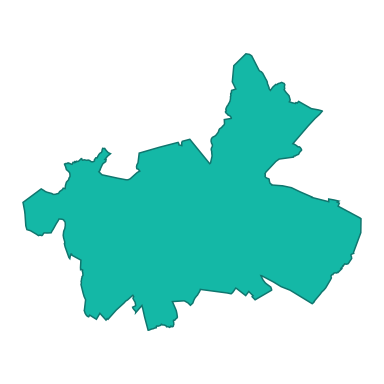 Tetla de la Solidaridad, Tlaxcala, Mexico (Mercator projection)
{"feature_id": "50627088B304206473512", "entity_name": "Tetla de la Solidaridad", "entity_type": "district", "adm_level": 2, "iso_a3": "MEX", "parent_name": "Mexico", "parent_adm1": "Tlaxcala", "projection": "mercator", "projection_center": [-98.094, 19.495], "detail": "fine", "context": "isolated", "style": "filled", "palette": "teal", "viewbox_px": 384, "rotation_deg": 0, "n_neighbors": 0, "source": "geoboundaries", "source_scale": "gbopen_adm2", "svg_char_len": 5923}
<svg xmlns="http://www.w3.org/2000/svg" viewBox="0 0 384 384"><path d="M23.0,202.4L24.6,210.8L25.0,214.1L25.8,225.8L26.9,229.6L30.2,230.6L31.0,231.0L36.4,234.2L38.5,235.6L40.0,235.1L41.4,235.5L42.0,235.5L42.5,235.1L43.6,233.3L44.4,232.9L47.4,233.0L51.1,232.8L52.2,230.7L53.1,229.4L56.3,223.6L58.2,220.6L59.0,219.0L61.9,219.2L63.6,219.8L64.0,220.6L64.9,221.8L65.2,222.6L65.3,225.4L64.8,228.6L63.7,231.2L63.2,235.3L63.6,237.9L64.7,241.7L64.7,243.6L64.4,243.7L65.1,246.8L68.9,257.5L69.8,258.6L70.3,255.8L71.1,254.0L71.7,254.3L71.4,254.9L71.5,255.0L80.9,260.1L80.5,267.4L80.6,269.8L81.0,269.8L81.2,269.3L82.7,270.1L82.3,271.2L82.7,272.3L83.0,275.3L82.0,276.7L81.9,278.0L81.5,278.9L81.5,280.2L81.1,281.2L81.4,282.9L81.0,284.5L83.1,293.1L84.1,296.5L85.6,299.7L84.4,310.0L84.2,310.3L85.2,313.4L86.6,315.6L88.0,316.6L88.7,316.8L89.7,315.1L96.4,319.3L99.9,313.3L106.0,320.1L107.2,318.6L108.0,319.3L116.3,310.0L124.0,303.0L125.7,301.1L127.6,299.9L132.7,295.3L133.0,295.3L133.4,296.3L133.7,296.7L133.0,298.1L133.0,298.5L135.2,302.4L135.3,303.4L135.7,305.2L135.4,305.9L132.6,307.2L132.9,308.1L133.6,309.1L135.7,311.5L135.8,311.9L135.7,312.7L141.9,305.5L142.8,308.8L144.6,317.0L148.1,330.2L148.8,330.2L151.4,329.1L153.6,328.6L154.9,327.9L156.0,327.9L156.3,327.7L156.3,326.4L156.6,326.1L158.3,326.1L160.7,325.3L161.0,324.9L161.1,324.4L161.4,324.2L161.9,324.4L162.3,324.9L164.7,325.1L165.2,325.5L165.9,325.7L166.1,325.9L166.6,326.8L168.2,326.6L168.8,326.9L169.3,327.4L169.9,327.3L170.4,326.7L170.6,326.2L171.0,326.1L171.9,326.8L172.8,326.6L173.3,326.1L173.3,325.6L173.8,324.6L173.7,322.5L173.4,321.4L173.5,320.3L173.8,320.1L174.5,320.3L174.8,320.2L175.8,318.9L176.9,318.1L177.4,317.1L176.9,313.6L176.3,310.8L175.8,309.5L172.4,301.6L184.3,300.8L188.0,302.9L190.4,305.3L192.8,303.1L193.9,300.1L194.8,298.3L196.4,296.2L197.6,294.9L198.1,293.9L199.3,292.0L200.2,290.1L200.3,289.4L227.4,293.0L231.1,293.8L232.1,293.0L233.1,291.9L235.7,288.1L236.7,288.6L245.7,295.6L248.8,291.5L253.0,295.7L252.4,296.2L252.1,296.7L255.1,299.8L271.6,290.2L271.6,289.4L270.8,287.1L266.1,283.6L265.1,282.7L263.0,279.9L260.9,275.6L261.6,275.7L273.5,282.0L281.0,286.6L290.1,290.2L312.2,303.7L313.2,302.9L314.3,301.7L314.1,301.4L320.4,293.9L321.6,292.2L324.0,289.9L325.7,287.9L330.4,279.9L331.4,277.9L331.1,277.1L331.0,276.1L331.2,275.6L331.6,275.0L332.0,274.7L332.9,274.6L333.0,274.2L333.3,273.8L334.2,273.0L335.4,272.8L336.6,273.0L337.2,272.7L337.5,272.3L338.0,272.5L341.8,268.7L341.0,268.3L343.0,266.3L342.9,265.7L343.1,265.6L343.3,265.8L344.6,263.9L346.0,264.2L346.9,264.1L348.1,263.7L348.8,262.8L351.7,258.5L351.4,256.5L351.1,256.1L351.0,254.8L351.3,254.4L353.1,253.5L353.7,253.4L353.5,252.4L360.8,232.7L361.0,218.7L360.1,218.0L338.1,206.2L339.3,203.2L337.3,202.1L338.8,201.1L334.2,200.0L328.7,199.0L328.7,201.7L311.7,197.4L312.0,197.0L300.0,191.8L291.5,187.7L282.6,185.8L271.8,185.0L271.8,184.5L270.9,184.0L270.0,183.2L269.4,181.2L269.1,179.2L268.8,178.8L267.0,178.2L265.9,177.6L265.3,176.8L265.0,176.4L265.3,175.2L265.2,174.3L264.9,173.7L265.5,173.0L265.8,172.2L275.9,161.4L278.7,159.4L279.0,159.1L293.5,157.1L293.5,156.6L293.9,156.2L294.3,156.0L295.1,156.0L296.7,155.0L298.0,154.6L298.7,154.1L299.6,152.3L301.5,150.3L301.6,150.0L301.4,149.3L300.4,147.7L299.5,146.9L297.9,146.8L296.4,145.5L293.7,143.9L292.9,143.7L308.1,126.0L315.0,118.5L319.6,114.3L322.3,111.1L322.1,110.9L318.4,109.9L311.3,108.6L298.6,101.4L297.3,103.0L295.9,102.6L295.4,103.5L292.3,102.8L289.3,101.8L290.2,100.0L289.0,95.7L286.2,92.6L284.1,89.7L284.7,88.7L284.4,86.7L284.8,84.7L284.7,84.5L284.0,83.4L283.1,83.1L281.9,82.5L281.5,82.4L280.1,83.1L278.7,83.4L277.7,83.9L277.3,84.5L276.5,84.6L275.8,84.4L272.8,87.1L270.4,90.4L269.0,88.6L269.1,87.8L268.3,85.8L268.2,85.2L267.6,84.3L267.2,81.8L266.4,80.0L265.9,79.3L262.7,73.2L262.0,72.6L261.5,71.9L259.7,71.0L259.0,70.2L251.7,55.9L249.5,54.4L245.9,53.8L233.8,65.7L232.3,81.8L235.8,89.0L232.3,90.2L231.9,90.2L231.4,90.9L231.5,91.7L231.2,92.7L231.4,92.9L230.7,93.6L230.7,94.5L230.9,95.8L230.5,96.4L230.5,98.6L230.0,101.2L229.3,102.6L228.3,104.3L227.9,105.3L227.1,106.1L226.1,108.3L225.8,109.3L226.2,110.1L226.3,110.9L225.6,111.2L225.5,111.6L225.5,112.1L226.4,113.4L227.6,114.3L227.8,114.9L229.6,115.7L230.4,116.3L231.3,117.7L231.3,118.4L224.3,119.6L224.5,123.5L224.3,124.4L223.8,125.1L222.5,126.3L221.6,127.5L219.8,128.7L219.2,129.4L218.2,132.3L215.8,135.4L214.7,136.2L212.5,137.3L211.9,138.0L211.4,138.8L211.1,140.0L211.1,141.5L211.7,143.6L212.3,144.5L212.4,145.2L212.3,146.4L211.4,148.2L211.2,149.4L211.5,151.0L211.8,151.6L211.7,152.4L212.1,156.0L210.5,163.0L209.7,163.7L189.8,139.3L182.3,141.3L181.7,142.7L181.8,145.6L178.8,144.8L178.8,143.5L178.1,142.4L159.2,147.3L139.2,153.1L138.0,162.8L136.9,164.9L136.5,166.8L136.8,168.7L138.1,169.1L139.8,171.1L137.9,172.1L136.9,172.8L130.2,178.8L129.0,179.4L127.8,179.8L126.2,179.8L117.7,178.2L102.0,174.8L98.9,171.8L99.3,171.5L99.2,171.3L100.1,170.0L99.9,169.9L102.0,165.3L102.9,163.7L105.7,161.6L106.1,159.5L104.9,159.4L107.6,156.1L110.5,153.7L108.2,152.6L106.2,150.5L104.7,148.4L104.3,148.6L102.7,148.3L102.2,149.6L101.9,151.5L101.3,152.5L99.9,153.3L98.9,154.5L97.6,156.7L97.2,157.8L95.8,157.8L94.4,159.8L94.5,160.9L93.7,161.5L92.3,161.9L91.0,161.6L90.7,161.3L89.5,160.4L88.7,160.3L88.1,160.0L87.0,160.4L84.3,159.8L82.6,160.2L81.9,159.6L81.7,158.6L81.2,158.6L80.8,159.1L78.4,161.4L77.8,161.5L76.5,161.2L76.1,161.5L76.0,162.1L75.7,162.4L75.4,162.4L75.2,161.7L74.8,161.5L74.4,161.8L74.1,162.7L73.0,162.4L72.0,164.3L70.8,164.0L69.5,163.3L68.9,163.5L68.6,163.0L68.1,162.9L67.7,163.0L67.0,163.6L66.6,163.6L66.0,163.4L65.5,163.8L64.7,163.9L64.5,164.1L65.1,165.7L65.4,166.1L66.4,169.6L68.6,171.5L69.7,172.9L70.0,174.9L70.0,176.3L69.9,176.8L69.2,177.7L68.5,179.9L66.9,181.6L66.4,182.2L65.5,185.2L65.1,188.6L63.2,188.2L62.5,189.5L59.6,191.6L58.5,193.5L57.2,193.7L55.4,194.3L53.2,194.4L51.8,193.5L46.6,192.1L44.8,191.2L43.9,190.5L41.2,188.9L23.0,202.4Z" fill="#14b8a6" stroke="#0f766e" stroke-width="1.5"/></svg>